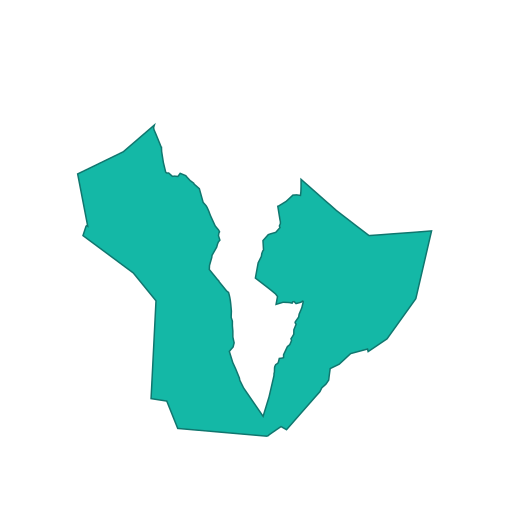 San Francisco Chapulapa, Oaxaca, Mexico, rotated 329°
{"feature_id": "50627088B25039940619892", "entity_name": "San Francisco Chapulapa", "entity_type": "district", "adm_level": 2, "iso_a3": "MEX", "parent_name": "Mexico", "parent_adm1": "Oaxaca", "projection": "mercator", "projection_center": [-96.741, 17.913], "detail": "fine", "context": "isolated", "style": "filled", "palette": "teal", "viewbox_px": 512, "rotation_deg": 329, "n_neighbors": 0, "source": "geoboundaries", "source_scale": "gbopen_adm2", "svg_char_len": 2619}
<svg xmlns="http://www.w3.org/2000/svg" viewBox="0 0 512 512"><g transform="rotate(329 256 256)"><path d="M145.4,93.8L127.1,143.8L126.6,142.8L125.7,142.9L118.2,149.4L132.5,184.1L142.1,207.4L147.2,242.9L92.6,324.2L104.8,334.4L100.1,363.5L172.3,415.9L173.7,416.3L175.3,416.0L178.0,415.8L184.3,415.4L189.6,415.1L192.7,420.6L217.6,412.6L234.2,407.3L240.9,405.2L244.5,402.9L249.7,401.9L250.1,401.8L254.4,399.8L256.4,397.2L259.5,393.3L261.6,390.7L271.6,391.6L284.0,389.0L286.9,388.4L303.7,393.2L302.9,395.7L312.6,395.2L319.9,394.8L325.7,394.5L327.5,393.7L333.5,391.1L371.0,374.9L419.4,324.9L402.7,316.6L389.7,310.0L383.6,306.9L373.4,301.8L363.4,296.7L360.6,289.6L357.6,282.1L351.9,267.5L350.6,264.2L348.3,258.3L345.7,249.9L344.6,246.7L338.0,225.8L334.1,213.5L330.5,219.5L327.8,223.7L325.3,227.0L322.4,224.6L319.0,222.8L310.0,224.7L301.0,224.8L300.3,224.6L295.4,236.8L294.5,239.3L293.5,240.9L291.5,242.3L291.2,244.0L285.1,245.9L279.9,244.5L277.5,244.0L269.9,246.4L265.5,254.8L264.5,255.1L262.2,256.9L260.4,259.1L254.3,263.0L244.1,274.6L251.0,292.3L253.2,298.5L253.6,301.8L248.3,307.8L255.4,309.6L260.5,313.0L262.7,315.0L263.8,314.2L265.2,314.7L265.8,317.4L270.7,318.8L272.6,318.6L272.9,318.9L272.9,319.6L268.9,323.7L267.1,325.1L263.0,328.1L262.4,328.8L261.1,330.3L256.8,332.2L255.4,332.9L255.1,333.8L255.3,335.1L250.5,338.7L248.1,342.5L245.2,344.1L243.4,344.9L242.9,346.8L239.3,349.4L236.3,349.8L234.3,351.1L230.9,353.4L228.8,354.8L227.3,357.3L225.9,357.0L223.2,355.8L220.6,358.4L219.6,359.1L219.1,359.2L216.9,359.3L215.8,360.0L215.1,360.5L214.3,361.4L212.0,365.0L211.7,365.3L211.1,365.8L210.1,367.3L209.6,368.0L194.6,383.5L179.5,397.1L177.4,362.7L178.1,354.1L178.9,352.1L180.4,342.5L181.2,335.4L184.0,324.0L189.5,322.2L192.5,319.2L194.4,313.6L197.5,308.4L199.8,303.7L202.2,299.7L203.1,295.8L206.5,290.6L209.6,284.2L211.0,281.1L212.2,278.0L212.9,275.9L213.7,273.1L212.9,271.1L212.8,270.8L211.1,258.9L211.3,258.4L210.7,255.6L210.7,255.3L209.0,243.5L210.0,242.1L210.1,241.9L211.3,240.1L217.3,234.5L218.6,232.8L226.8,228.2L229.1,226.0L230.8,224.7L231.8,224.3L233.2,223.8L234.3,219.2L236.1,217.1L237.2,216.5L237.3,214.6L236.5,209.1L237.7,198.4L238.1,195.9L238.6,193.4L239.1,189.2L239.1,187.2L238.3,182.8L242.1,169.1L240.0,162.6L240.1,161.5L238.7,158.1L238.4,157.5L237.4,152.6L237.2,151.0L233.6,146.1L230.0,147.6L227.2,145.5L226.9,145.4L225.4,144.7L223.9,139.9L222.1,138.8L221.8,137.5L224.8,128.0L228.9,117.9L230.9,114.2L231.0,114.1L230.8,113.7L231.3,110.8L233.0,99.8L233.0,99.7L233.6,95.3L234.2,93.6L234.5,93.1L234.8,92.8L235.3,92.3L236.3,91.4L195.9,98.3L145.4,93.8Z" fill="#14b8a6" stroke="#0f766e" stroke-width="1.5"/></g></svg>